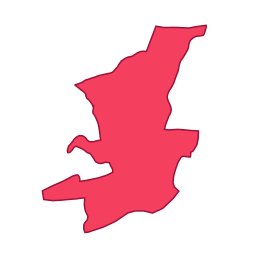 the district of Babonneau Proper, Castries, Saint Lucia, rotated 349°
{"feature_id": "8701671B49626021137525", "entity_name": "Babonneau Proper", "entity_type": "district", "adm_level": 2, "iso_a3": "LCA", "parent_name": "Saint Lucia", "parent_adm1": "Castries", "projection": "mercator", "projection_center": [-60.946, 14.006], "detail": "fine", "context": "isolated", "style": "filled", "palette": "rose", "viewbox_px": 256, "rotation_deg": 349, "n_neighbors": 0, "source": "geoboundaries", "source_scale": "gbopen_adm2", "svg_char_len": 5632}
<svg xmlns="http://www.w3.org/2000/svg" viewBox="0 0 256 256"><g transform="rotate(349 128 128)"><path d="M174.9,33.4L160.7,56.3L160.3,56.2L159.9,56.3L159.5,56.0L159.0,55.9L158.7,55.9L158.0,55.6L157.6,55.6L157.4,55.5L157.1,55.5L156.6,55.5L155.8,55.4L154.9,55.4L153.5,55.6L153.1,55.8L152.8,55.9L151.7,56.0L151.3,56.2L150.5,56.5L150.1,56.7L149.8,56.8L149.0,57.0L148.7,57.2L148.0,57.6L147.6,57.7L146.9,58.1L146.4,58.2L146.1,58.2L145.6,58.3L145.3,58.3L145.0,58.5L144.7,58.5L144.3,58.3L143.8,58.4L143.2,58.6L142.8,58.5L142.5,58.3L142.0,58.5L141.6,58.5L141.3,58.5L141.0,58.5L140.6,58.6L139.8,58.8L139.4,58.9L138.9,59.0L138.5,59.1L137.2,59.6L136.9,59.8L136.7,59.9L136.5,60.0L136.2,60.2L135.9,60.4L135.6,60.4L135.4,60.6L134.3,60.8L133.8,61.5L133.4,61.8L133.2,62.0L132.7,62.4L132.4,62.6L132.0,63.0L131.6,63.5L130.9,64.1L130.6,64.5L130.4,64.9L130.1,65.2L129.9,65.4L129.7,65.7L129.5,66.0L128.1,66.9L127.8,67.2L127.3,67.4L126.5,68.0L125.8,68.6L125.6,68.7L125.4,68.9L125.1,69.2L123.8,70.1L123.3,70.3L122.7,70.5L121.7,70.6L120.8,70.8L120.5,70.8L120.0,70.7L119.5,70.8L119.1,70.7L117.9,70.7L117.6,70.7L117.0,70.7L116.7,70.7L116.3,70.9L116.0,70.9L115.6,70.9L115.3,70.8L115.1,70.8L114.7,70.8L114.1,70.8L113.7,70.8L113.4,70.8L112.9,70.9L112.4,71.0L111.2,70.9L110.4,70.9L109.7,71.0L109.2,71.1L108.4,71.2L108.1,71.2L107.2,71.2L106.4,71.5L106.2,71.6L105.9,71.7L105.1,71.6L104.4,71.8L103.8,71.9L103.2,71.9L102.4,72.1L101.7,72.1L101.2,72.1L100.6,72.3L99.9,72.4L98.7,72.5L97.8,72.7L97.2,72.6L96.6,72.7L95.7,72.9L94.9,73.0L94.6,73.2L94.4,73.3L93.5,73.6L93.1,73.8L91.9,74.3L90.8,74.7L90.3,74.8L89.3,74.8L88.9,75.0L88.2,75.0L87.8,75.2L87.4,75.2L86.1,75.3L85.7,75.4L85.3,75.4L84.8,75.4L84.2,75.8L84.5,76.2L84.7,76.4L85.2,76.9L85.5,77.3L85.9,77.8L86.3,78.1L86.4,78.4L86.8,78.8L87.4,79.5L87.8,80.0L88.1,80.2L88.5,80.8L88.8,81.1L89.0,81.5L89.5,82.1L89.9,82.3L90.2,82.7L90.5,83.0L90.8,83.4L91.4,84.1L92.2,85.1L92.7,86.1L92.8,86.5L92.9,86.9L92.8,87.3L92.9,87.8L92.8,88.7L92.9,89.3L93.1,89.9L93.2,90.6L93.5,91.3L93.8,91.5L94.0,91.6L94.1,91.8L94.2,92.2L94.5,92.4L94.7,92.8L95.0,93.1L95.4,93.8L95.5,94.1L95.7,94.5L95.8,94.7L96.0,95.0L96.4,95.8L97.0,97.3L98.1,99.4L97.8,99.3L97.6,99.4L97.7,99.6L97.7,100.1L97.8,100.8L98.0,101.3L97.9,101.6L97.9,101.9L97.5,102.7L97.3,103.2L97.0,104.1L96.7,105.0L96.6,105.4L96.5,106.2L96.6,107.0L96.8,107.3L97.0,107.9L97.2,108.3L97.3,108.6L97.7,109.3L97.8,109.5L97.8,109.9L97.9,110.2L98.2,111.1L98.5,111.6L98.4,112.1L98.6,112.9L98.8,114.0L98.9,114.5L99.2,115.8L99.3,116.6L99.5,116.9L99.4,117.4L99.5,117.6L99.5,118.2L99.5,118.4L99.6,119.1L99.5,119.5L99.5,119.8L99.6,120.2L99.6,120.5L99.5,121.1L99.7,121.5L99.6,122.0L99.6,122.3L99.5,123.1L99.6,123.4L99.5,124.5L99.5,125.0L99.4,125.3L99.5,126.0L99.4,126.6L99.4,126.9L99.3,127.2L99.4,127.5L99.3,128.2L99.4,128.4L99.3,128.7L99.2,129.1L99.3,129.8L99.1,130.2L99.1,130.5L99.0,131.0L99.1,132.0L99.0,132.4L99.1,132.6L99.0,133.4L99.0,134.6L94.6,134.6L91.5,134.9L87.4,134.0L85.5,131.9L84.8,130.0L83.5,128.3L81.7,126.9L78.6,126.2L76.4,126.8L74.4,127.8L72.5,129.1L71.2,130.6L69.4,132.1L66.1,134.6L64.1,138.8L64.3,140.7L64.8,140.9L65.9,140.8L67.1,140.4L69.1,138.9L70.0,137.9L70.9,137.0L72.0,136.4L73.1,136.1L74.3,136.5L77.6,138.7L79.6,140.2L81.5,142.1L83.1,144.1L83.6,144.6L85.3,145.5L86.0,146.2L86.9,147.7L88.1,150.5L88.7,151.7L89.0,152.9L89.4,153.9L89.7,154.6L90.3,155.5L90.7,155.7L92.1,156.7L94.5,157.7L97.5,157.6L98.8,157.3L99.5,157.4L102.0,158.2L103.2,158.5L103.3,159.4L103.8,162.0L105.0,165.7L104.5,168.5L102.1,169.3L97.5,170.4L89.3,171.3L75.8,171.5L70.6,171.2L71.0,168.4L70.7,166.3L69.9,164.8L69.1,164.2L64.3,164.7L54.4,167.8L43.4,170.2L33.2,173.0L31.9,173.5L31.6,182.1L40.5,185.0L48.7,186.1L55.9,186.8L62.6,187.6L69.1,188.0L72.2,188.4L71.3,191.6L70.5,194.8L70.3,198.0L70.3,200.7L70.8,203.2L71.5,205.9L71.7,207.7L70.5,210.3L70.4,210.5L68.2,212.3L67.2,213.0L66.1,214.9L65.3,218.7L65.7,221.7L65.9,222.4L69.4,222.6L85.0,220.5L98.0,217.2L111.5,211.4L119.3,210.8L127.6,212.4L135.9,216.2L146.8,213.5L159.3,205.5L165.8,199.7L162.3,194.7L161.7,190.3L163.8,183.5L166.8,177.6L170.6,171.2L174.5,166.8L176.0,166.4L177.4,166.4L181.1,167.7L183.5,168.4L183.7,168.1L184.1,167.1L184.5,165.9L184.7,165.1L184.8,164.4L184.9,163.7L186.2,163.6L187.7,162.9L192.3,157.8L194.9,151.7L196.6,144.3L189.4,142.5L181.1,140.0L176.4,138.8L167.3,137.6L163.5,136.3L165.5,132.1L166.4,130.5L166.8,129.8L167.0,129.5L167.2,129.1L168.4,127.4L169.5,125.5L170.6,123.8L170.9,123.5L171.5,122.9L172.5,121.5L172.7,121.1L173.0,120.7L173.3,120.0L173.5,119.6L173.8,118.5L174.0,117.7L174.0,117.2L174.0,116.0L173.9,114.7L173.6,113.0L173.4,112.2L173.2,111.5L173.0,110.3L172.8,109.9L172.6,109.0L172.6,108.6L172.5,108.2L172.5,107.8L172.4,107.3L172.3,106.2L172.4,105.3L172.5,104.8L172.7,104.0L173.4,102.4L173.7,102.1L174.1,101.4L174.5,100.7L175.3,99.7L175.8,99.0L176.7,98.1L177.3,97.5L178.0,96.8L178.6,96.1L179.2,95.4L180.3,94.1L181.3,92.7L182.0,91.6L182.9,90.1L183.4,89.3L183.6,88.9L184.3,87.7L185.4,85.8L186.5,84.1L187.2,83.1L188.0,81.5L188.2,81.2L188.7,80.1L189.0,79.4L189.4,78.2L190.1,76.5L190.4,75.7L190.6,75.4L190.8,75.0L191.4,73.9L191.9,73.1L192.2,72.7L192.8,71.9L193.4,71.3L194.3,70.5L194.9,69.9L197.5,67.2L198.6,65.9L199.1,65.4L200.4,63.7L201.0,63.1L201.3,62.7L201.9,61.9L202.1,61.6L202.3,61.3L202.7,60.5L203.0,59.7L203.4,58.4L204.5,55.8L204.7,55.5L204.9,55.3L205.8,54.2L206.1,53.9L206.5,53.5L208.2,52.5L209.2,51.9L210.4,51.5L211.4,51.2L212.7,51.1L213.5,51.0L215.2,51.3L216.0,51.3L216.9,51.4L218.6,51.4L219.4,51.3L219.7,51.2L220.0,50.9L220.6,50.3L220.9,49.9L223.1,45.7L223.5,45.0L223.7,44.6L224.3,42.5L224.4,42.2L223.6,42.1L213.7,41.5L206.8,41.5L194.7,38.5L182.0,36.1L174.9,33.4Z" fill="#f43f5e" stroke="#9f1239" stroke-width="1.5"/></g></svg>